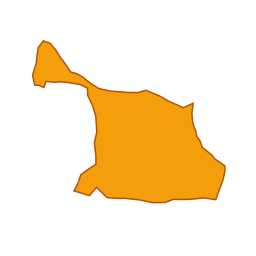 the district of Peristerona Ammochostou, Cyprus, rotated 189°
{"feature_id": "46923920B99720560567436", "entity_name": "Peristerona Ammochostou", "entity_type": "district", "adm_level": 2, "iso_a3": "CYP", "parent_name": "Cyprus", "parent_adm1": "", "projection": "natural_earth1", "projection_center": [33.768, 35.199], "detail": "fine", "context": "isolated", "style": "filled", "palette": "amber", "viewbox_px": 256, "rotation_deg": 189, "n_neighbors": 0, "source": "geoboundaries", "source_scale": "gbopen_adm2", "svg_char_len": 1014}
<svg xmlns="http://www.w3.org/2000/svg" viewBox="0 0 256 256"><g transform="rotate(189 128 128)"><path d="M26.0,92.1L25.5,100.8L26.4,105.8L37.1,110.8L41.1,114.4L46.5,117.6L51.4,120.3L55.0,126.7L58.6,130.3L60.8,136.2L63.5,140.3L65.3,144.9L67.1,152.1L67.6,162.6L76.4,156.7L92.5,161.0L101.6,164.5L116.2,168.1L123.9,164.5L133.7,163.1L143.5,162.4L151.2,161.7L163.1,162.4L171.9,166.2L179.9,170.8L186.6,173.5L193.4,174.4L200.5,182.1L205.0,186.2L208.6,190.3L211.7,193.9L218.0,199.4L225.2,200.8L229.2,193.5L229.2,185.8L228.7,178.0L229.6,172.6L230.5,165.3L226.9,155.8L222.5,156.2L217.5,154.9L216.2,161.2L207.7,161.7L202.3,163.0L196.5,163.5L190.2,163.5L182.2,163.5L174.3,161.0L172.9,153.9L166.6,144.7L161.7,134.7L159.1,123.1L158.2,119.1L158.9,107.8L155.4,95.7L154.0,87.2L160.3,81.5L167.3,74.4L168.7,65.9L171.5,57.4L155.4,55.2L149.8,64.5L137.9,56.0L128.1,56.7L119.7,58.1L105.1,58.8L91.8,58.1L79.9,60.2L72.2,64.5L58.9,66.6L49.8,68.7L42.1,70.9L30.2,70.9L26.0,92.1Z" fill="#f59e0b" stroke="#b45309" stroke-width="1.5"/></g></svg>